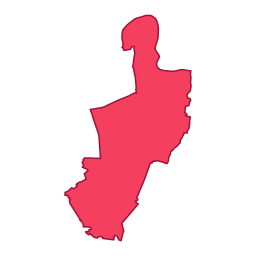 Salienas pag., Daugavpils, Latvia (orthographic projection)
{"feature_id": "27541924B74308998614766", "entity_name": "Salienas pag.", "entity_type": "district", "adm_level": 2, "iso_a3": "LVA", "parent_name": "Latvia", "parent_adm1": "Daugavpils", "projection": "orthographic", "projection_center": [26.895, 55.819], "detail": "fine", "context": "isolated", "style": "filled", "palette": "rose", "viewbox_px": 256, "rotation_deg": 0, "n_neighbors": 0, "source": "geoboundaries", "source_scale": "gbopen_adm2", "svg_char_len": 5440}
<svg xmlns="http://www.w3.org/2000/svg" viewBox="0 0 256 256"><path d="M82.5,167.2L85.4,168.6L86.9,169.2L88.1,170.4L84.3,173.8L84.9,175.3L85.8,178.0L86.1,178.5L86.2,178.9L86.2,179.0L83.3,180.7L81.6,181.6L79.8,182.0L79.6,182.1L77.0,183.6L77.3,184.1L77.3,184.3L76.3,184.7L77.2,185.9L74.0,188.8L71.7,187.8L69.1,190.2L68.1,191.0L67.3,191.4L67.0,191.6L66.7,191.7L65.1,192.4L65.0,195.2L67.6,195.6L67.8,195.5L68.1,196.6L68.2,197.0L68.4,197.3L68.4,197.6L68.5,197.9L69.3,197.7L69.6,198.2L70.0,199.1L69.9,199.6L69.9,199.8L69.1,200.0L69.9,199.9L69.9,200.1L70.0,200.4L69.8,200.5L69.4,200.8L69.5,201.1L69.6,201.5L69.9,202.9L70.1,203.7L70.3,204.1L71.1,205.2L71.7,206.2L72.2,207.0L75.2,211.7L75.9,212.7L78.6,217.1L79.5,218.4L80.0,219.2L80.4,219.5L79.8,219.8L80.0,220.0L80.2,220.5L80.8,221.0L81.4,221.4L82.1,222.2L82.6,222.9L82.8,223.2L83.0,223.6L83.1,224.2L83.2,224.4L83.5,225.0L83.4,225.3L83.4,225.8L83.3,226.8L89.7,227.0L91.4,228.4L91.2,229.4L89.1,229.7L88.9,231.5L85.8,231.7L85.7,231.9L86.6,233.3L88.7,234.7L90.0,233.8L92.7,236.0L94.6,237.5L97.5,237.9L97.5,237.4L100.2,236.5L101.3,236.5L103.1,237.9L102.9,238.4L104.0,238.6L113.7,239.8L114.1,239.0L113.7,238.3L114.1,237.8L113.7,237.2L114.6,236.1L114.9,235.3L116.9,236.0L118.2,238.7L119.1,240.0L121.1,240.6L122.3,235.9L123.4,231.4L123.8,230.8L123.0,228.1L121.8,223.3L129.5,214.3L138.2,204.0L136.0,202.5L135.9,202.4L135.8,202.2L135.6,201.8L135.6,201.6L135.6,201.2L135.7,200.9L135.9,200.9L137.2,200.7L137.3,200.6L137.8,199.2L137.8,198.9L137.5,198.7L137.0,198.4L136.6,198.1L144.3,179.9L145.1,177.8L146.7,173.3L148.9,167.1L150.3,163.1L150.6,162.8L150.8,162.8L151.7,163.1L151.8,163.1L152.1,163.0L152.8,161.8L153.7,160.9L154.1,161.2L154.3,161.3L155.9,161.1L156.8,160.8L157.1,160.8L157.1,160.7L157.3,160.7L157.6,160.6L158.4,160.8L158.6,160.9L158.8,161.0L159.1,161.1L164.1,162.5L164.3,162.6L164.7,163.1L166.9,163.5L167.1,163.5L168.3,161.3L168.6,158.9L168.8,157.4L168.9,157.0L169.0,156.7L170.0,155.1L170.3,154.1L170.5,153.6L170.6,152.1L170.6,151.9L170.8,151.7L171.3,151.2L172.8,150.1L174.0,148.5L174.6,147.9L175.5,147.2L176.5,146.7L177.2,146.0L177.4,145.8L177.8,145.3L178.2,144.6L178.7,144.1L179.4,143.6L179.8,143.2L180.0,143.0L180.1,142.8L180.2,142.6L180.3,142.3L180.2,141.5L180.2,141.4L180.4,141.0L180.4,140.9L180.4,140.4L182.5,136.6L183.6,134.6L184.1,132.9L187.2,132.9L187.1,132.6L187.3,131.0L189.0,128.3L189.1,127.3L189.3,126.1L189.7,123.5L189.7,123.4L189.6,122.9L189.5,122.4L189.6,121.6L189.9,119.6L190.2,118.3L190.3,117.4L190.3,117.1L189.7,116.6L188.3,116.5L186.2,115.9L185.6,115.7L186.9,114.4L186.0,113.3L185.5,113.0L185.0,112.8L184.7,112.4L185.7,106.0L188.6,105.8L189.4,103.3L189.7,102.6L189.9,101.7L190.3,101.3L190.4,100.9L190.7,100.2L190.7,99.9L190.5,99.7L190.4,99.4L190.1,99.2L190.0,98.5L189.7,98.5L189.4,98.6L188.9,98.4L188.5,98.3L187.7,98.0L187.4,97.9L187.5,97.7L187.7,97.3L186.6,95.3L188.4,93.0L190.4,90.7L190.5,89.7L190.5,89.2L190.7,88.2L191.0,87.3L190.9,86.2L191.0,84.8L190.7,83.4L190.5,82.4L190.7,80.8L190.9,78.4L191.0,78.2L190.6,75.6L190.5,74.3L190.7,72.8L190.6,72.6L190.8,71.5L190.8,70.9L190.3,70.8L183.9,69.9L181.6,69.6L181.0,69.7L179.9,69.9L177.5,70.5L174.4,71.2L172.3,71.3L169.5,71.1L166.6,70.8L164.3,70.6L162.3,70.1L160.9,69.8L159.9,69.4L159.6,69.2L158.9,68.6L158.0,67.8L157.4,67.0L156.8,65.4L156.6,64.6L156.7,63.0L156.9,62.3L159.1,57.6L159.3,57.1L159.4,56.4L158.9,55.2L156.9,52.2L155.9,50.6L155.4,49.7L155.3,49.3L155.3,48.6L155.3,47.8L155.3,47.2L155.4,46.8L155.6,45.9L155.9,44.9L157.0,41.4L158.0,38.1L158.3,31.8L158.4,27.5L157.7,24.1L157.2,22.2L156.5,20.4L155.9,19.1L155.6,18.7L155.3,18.4L153.6,17.2L151.9,16.0L151.5,15.8L150.5,15.5L149.5,15.4L148.0,15.4L146.2,15.4L145.0,15.7L142.7,16.5L138.3,17.7L135.5,18.7L135.0,18.9L134.6,19.1L133.7,19.8L130.5,22.3L129.5,23.0L128.3,24.1L127.9,24.3L126.3,25.9L124.4,28.1L122.9,30.0L122.6,31.2L122.3,32.4L122.1,34.7L122.0,38.6L122.1,39.1L122.7,41.7L123.0,43.6L123.0,45.2L122.7,46.0L122.1,47.4L122.8,48.0L123.3,47.9L123.3,48.8L123.6,49.4L123.9,49.8L124.0,50.4L130.2,49.4L130.3,49.2L130.7,48.8L130.9,48.4L131.1,48.1L131.5,47.6L131.6,47.3L131.8,47.0L131.9,46.7L134.0,46.4L134.0,49.0L134.1,49.4L134.1,49.9L134.4,51.2L134.7,51.4L134.6,55.1L134.3,56.0L134.2,56.3L134.0,57.9L133.9,58.7L134.0,58.7L133.9,59.4L133.6,60.5L133.4,62.4L133.3,63.6L133.1,64.5L132.7,66.8L132.8,67.2L133.2,67.5L133.5,68.4L133.6,69.0L133.8,70.4L134.3,72.6L134.7,74.8L135.4,77.5L135.5,79.0L135.5,79.8L135.6,80.5L136.0,84.7L136.0,86.2L136.1,86.7L136.4,87.8L136.0,88.4L135.9,90.6L136.4,92.0L136.4,92.5L136.3,92.4L135.4,92.9L134.6,92.9L134.5,93.0L132.4,94.1L130.5,94.8L129.7,95.5L128.5,96.1L127.1,96.6L125.1,97.5L124.2,97.8L121.8,98.8L121.3,99.0L120.0,99.4L112.6,102.8L110.6,103.8L108.3,104.8L107.5,105.2L105.6,106.2L103.5,107.1L103.4,107.1L102.3,107.4L100.9,107.7L100.9,107.8L99.6,108.0L99.0,108.0L94.7,108.8L90.3,109.5L90.8,110.7L90.7,110.7L91.3,112.4L91.7,113.1L92.4,115.5L92.8,117.3L93.8,119.8L94.4,121.8L94.8,123.0L95.0,123.6L95.3,124.2L95.2,124.2L95.6,125.3L95.6,125.5L96.0,126.6L96.4,127.5L96.7,128.5L97.1,129.6L97.2,129.9L97.4,130.7L97.5,130.7L98.1,132.3L98.0,132.5L98.4,133.2L98.8,135.6L99.3,139.4L99.3,140.9L99.5,143.7L99.8,147.4L99.8,149.1L100.1,151.2L100.1,151.9L100.2,154.8L100.5,158.4L92.6,158.2L90.3,158.0L87.2,158.0L85.1,158.0L84.5,158.0L84.0,158.5L83.3,159.4L83.6,159.8L83.8,160.4L83.6,160.6L83.0,161.0L82.2,162.0L82.3,162.5L82.5,162.7L82.5,163.5L83.0,164.3L83.6,165.2L83.2,166.2L82.4,166.7L82.4,166.9L82.5,167.2Z" fill="#f43f5e" stroke="#9f1239" stroke-width="1.5"/></svg>